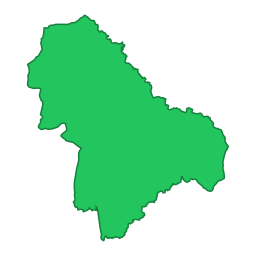 Sussundenga, Manica, Mozambique
{"feature_id": "85939544B81104327117882", "entity_name": "Sussundenga", "entity_type": "district", "adm_level": 2, "iso_a3": "MOZ", "parent_name": "Mozambique", "parent_adm1": "Manica", "projection": "orthographic", "projection_center": [33.326, -19.678], "detail": "fine", "context": "isolated", "style": "filled", "palette": "green", "viewbox_px": 256, "rotation_deg": 0, "n_neighbors": 0, "source": "geoboundaries", "source_scale": "gbopen_adm2", "svg_char_len": 5815}
<svg xmlns="http://www.w3.org/2000/svg" viewBox="0 0 256 256"><path d="M208.2,116.6L207.4,116.3L204.1,116.7L203.4,116.6L202.4,115.6L201.7,114.0L201.0,113.5L200.2,113.1L196.9,114.0L193.7,113.0L192.4,113.0L192.1,112.5L192.0,111.4L192.6,110.0L192.6,109.5L188.7,107.8L187.5,108.2L186.6,109.2L186.7,110.8L186.4,111.8L185.6,112.5L184.9,112.5L180.9,110.9L180.1,109.5L178.0,108.8L176.5,107.9L175.8,108.2L173.3,108.2L172.2,109.0L171.2,109.2L170.3,109.8L169.0,109.7L168.3,109.3L167.9,108.3L168.5,106.2L168.5,105.6L167.5,105.0L166.8,104.9L166.1,105.3L165.6,104.9L165.0,102.4L165.5,101.0L165.7,98.8L165.1,98.6L164.4,98.9L163.9,98.1L162.9,97.8L161.3,97.8L158.6,96.6L156.7,96.9L153.3,97.8L152.4,96.2L151.0,92.4L151.1,91.4L150.6,90.2L151.4,89.2L151.7,87.3L151.0,85.1L149.8,84.8L149.5,84.4L149.8,82.7L147.6,82.0L146.7,82.3L145.9,82.3L144.9,81.5L144.6,80.7L145.8,79.2L145.4,78.2L144.2,77.5L143.9,77.9L143.1,78.1L142.8,77.9L142.5,78.3L142.2,78.2L142.1,77.4L141.5,76.5L140.2,75.7L140.0,74.8L139.6,74.7L139.8,74.3L138.4,73.3L137.7,70.6L137.6,69.7L137.8,69.5L136.3,69.1L135.6,68.6L134.4,69.4L133.9,69.5L133.7,69.2L133.8,68.5L133.5,67.6L133.0,67.7L132.7,67.0L132.2,66.9L132.0,66.4L130.6,64.6L128.5,63.1L127.4,63.2L125.7,62.8L125.1,62.0L125.1,60.7L125.9,58.9L125.5,57.4L125.8,56.9L126.8,56.7L126.7,55.9L125.1,54.2L123.3,54.0L122.9,52.4L121.5,51.8L121.2,51.0L121.4,50.4L122.5,50.1L123.2,49.0L122.7,48.5L121.7,48.6L121.4,47.8L121.5,47.3L123.1,47.2L124.3,46.7L124.7,45.3L124.5,44.9L123.2,44.9L122.4,44.2L122.2,43.6L122.7,42.9L122.6,42.3L122.1,42.3L121.2,43.4L119.5,43.9L118.6,43.9L117.1,43.1L114.5,42.7L112.8,43.2L111.8,42.9L110.9,41.8L111.1,40.5L110.3,39.1L109.7,39.0L109.3,39.5L108.7,39.6L108.2,39.2L107.1,39.0L106.7,38.7L106.6,38.0L106.9,37.3L108.5,36.3L108.3,35.9L106.3,35.2L105.3,33.2L103.1,32.2L102.1,30.9L100.9,31.1L100.2,32.0L99.5,32.0L99.0,31.5L98.8,30.7L97.7,30.1L98.2,26.3L97.9,25.3L97.4,24.5L96.1,24.6L95.5,24.3L94.6,21.6L94.0,20.6L91.8,20.5L90.9,20.2L87.3,16.9L85.1,15.4L84.3,15.4L82.9,17.0L80.5,18.1L79.0,19.9L75.1,22.5L71.5,22.9L69.2,24.0L67.3,24.4L55.9,24.3L53.0,25.2L51.8,25.1L50.0,25.6L49.1,26.0L48.1,27.7L47.5,28.1L45.4,27.8L44.0,28.0L44.0,30.0L43.3,35.6L42.5,38.1L41.3,38.8L41.5,41.2L40.9,42.5L40.9,43.5L42.2,49.2L38.4,56.0L36.2,57.1L34.6,59.7L27.7,64.4L29.0,68.2L29.3,71.7L29.0,73.2L28.0,75.3L28.2,79.9L27.6,83.0L27.6,85.1L28.8,86.8L29.8,87.3L33.3,88.3L39.4,88.1L40.8,89.2L39.4,95.7L41.3,100.6L42.8,101.9L42.6,103.6L42.8,104.7L40.5,114.8L41.3,115.2L42.3,116.3L42.7,117.3L42.5,118.2L40.7,119.4L40.4,123.2L39.4,124.3L38.6,125.8L38.5,126.7L38.6,127.5L40.9,129.4L42.0,129.4L44.4,128.7L45.8,128.5L46.6,128.6L47.3,129.1L48.3,129.3L52.1,128.9L57.7,127.0L61.4,123.5L63.6,123.1L64.8,123.2L65.4,124.1L66.2,126.7L66.7,129.0L66.7,130.4L61.6,134.5L61.1,135.6L61.2,136.3L63.6,138.4L65.0,139.1L65.7,140.4L69.4,141.7L70.9,141.8L73.5,142.6L79.0,147.0L81.4,147.9L78.9,152.2L78.6,154.9L78.8,158.8L78.4,162.0L76.7,168.4L74.4,182.6L74.3,188.2L74.8,193.4L74.4,194.7L75.1,199.9L74.7,200.7L73.5,201.8L73.5,202.6L74.7,203.7L74.7,204.3L74.3,204.9L75.0,206.6L75.7,207.2L76.3,206.7L77.2,207.6L77.7,208.2L77.9,209.8L78.5,209.9L80.5,209.2L82.7,209.7L83.2,210.0L83.1,211.4L83.5,211.7L84.9,211.3L86.1,210.6L87.6,210.1L88.8,208.9L88.9,208.3L89.2,208.0L89.8,208.1L89.9,208.9L91.1,209.2L91.5,210.2L92.0,210.6L92.7,210.5L93.6,209.9L95.0,209.5L95.4,210.2L96.4,210.4L97.1,210.0L96.5,209.0L96.2,206.9L97.1,208.0L97.8,210.7L100.1,227.7L101.5,234.7L101.0,237.1L101.1,238.3L101.8,239.6L102.8,240.0L103.4,240.6L103.8,240.5L104.6,237.5L105.7,236.0L106.4,236.5L106.9,237.6L108.0,238.4L108.9,238.2L109.3,237.7L109.8,237.5L110.7,238.0L111.7,237.8L112.1,238.3L112.5,237.6L114.3,237.8L115.0,237.1L115.8,236.7L116.5,237.1L118.8,237.5L119.5,238.3L120.5,237.9L121.0,237.1L122.2,237.2L123.0,236.5L123.4,235.8L124.5,235.3L124.9,233.8L124.5,233.5L124.4,233.0L125.6,232.2L126.5,231.1L126.2,230.0L127.0,229.0L127.2,228.0L128.2,227.2L128.2,224.0L128.5,223.5L130.5,223.8L131.6,222.8L132.6,222.6L133.4,221.1L132.7,220.2L132.8,219.9L134.3,219.8L135.0,219.4L135.5,219.3L138.5,220.0L139.6,220.0L139.7,219.1L140.3,218.3L142.3,217.7L142.5,217.2L143.3,217.0L143.2,216.2L144.6,215.5L144.3,213.2L142.5,212.5L141.6,211.2L141.4,210.4L142.0,208.9L141.9,207.4L142.5,206.9L144.8,206.7L145.5,206.1L146.5,205.9L146.5,204.7L147.5,203.9L148.1,202.8L148.6,202.3L149.4,202.4L150.3,202.0L151.2,202.1L152.1,201.6L153.0,202.2L153.6,202.0L154.4,202.3L154.3,201.0L156.0,200.0L156.5,198.7L156.4,197.6L157.2,196.3L157.0,195.6L157.2,194.3L157.7,193.9L157.6,193.2L158.6,192.1L159.3,192.0L160.3,191.4L161.9,191.1L162.7,191.9L162.9,192.7L164.7,192.7L165.3,191.7L165.1,190.6L165.3,189.9L166.4,190.0L167.1,189.6L167.3,190.5L167.5,190.6L169.0,189.9L169.6,189.8L170.0,188.7L170.5,188.0L170.4,187.4L171.6,186.3L171.5,185.8L172.2,185.2L172.3,184.3L172.6,184.3L172.7,184.8L173.1,184.7L173.4,183.7L173.6,183.7L173.8,184.0L174.9,184.6L175.9,184.6L177.5,183.7L178.5,183.5L179.3,182.5L180.3,182.3L180.7,181.9L181.0,180.0L181.7,178.9L181.4,177.3L181.6,176.6L182.2,176.8L183.5,179.7L184.7,181.0L186.5,182.1L187.5,182.1L189.2,181.3L189.8,180.7L190.6,179.2L191.2,178.9L192.1,178.8L192.4,179.5L192.8,179.6L194.7,179.1L195.9,179.5L196.3,179.7L197.4,181.6L198.5,182.9L202.2,185.9L203.6,187.9L205.3,188.6L207.5,190.5L209.4,191.1L211.3,191.1L212.0,190.6L212.6,189.9L213.3,188.2L213.2,187.6L214.1,185.7L216.3,183.6L217.8,181.4L219.0,180.7L221.0,180.3L222.5,179.2L224.0,178.6L224.3,178.0L224.3,175.8L223.7,171.8L222.9,168.5L223.2,164.7L222.8,162.3L224.6,154.4L225.2,153.2L225.2,151.8L227.4,148.8L227.6,147.5L228.4,146.5L226.5,144.0L225.2,141.8L225.0,140.9L225.1,137.4L223.2,135.1L222.3,133.1L222.2,132.1L221.7,130.9L221.0,129.8L218.8,129.2L218.1,128.6L216.2,128.4L213.3,126.8L213.0,125.3L213.5,124.2L213.4,123.3L212.3,121.7L210.5,120.3L209.8,117.6L208.5,117.5L208.2,116.6Z" fill="#22c55e" stroke="#15803d" stroke-width="1.5"/></svg>